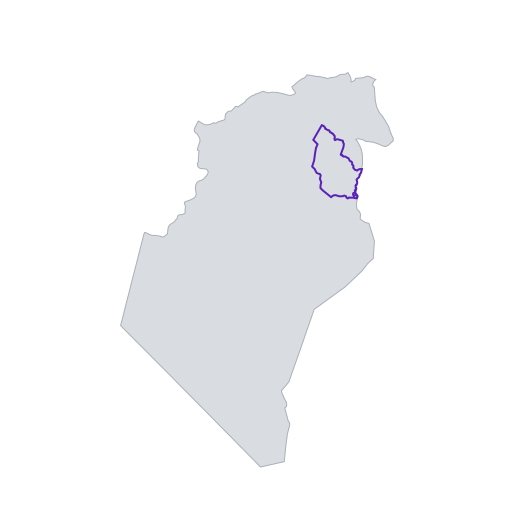 where Chari-Baguirmi sits in Chad, rotated 195°
{"feature_id": "TCD-5580", "entity_name": "Chari-Baguirmi", "entity_type": "Prefecture", "adm_level": 1, "iso_a3": "TCD", "parent_name": "Chad", "parent_adm1": "", "projection": "natural_earth1", "projection_center": [15.896, 11.139], "detail": "fine", "context": "in_parent", "style": "outline", "palette": "violet", "viewbox_px": 512, "rotation_deg": 195, "n_neighbors": 0, "source": "natural_earth", "source_scale": "10m", "svg_char_len": 6550}
<svg xmlns="http://www.w3.org/2000/svg" viewBox="0 0 512 512"><g transform="rotate(195 256 256)"><path d="M368.8,153.8L368.9,165.1L369.1,176.4L369.2,187.8L369.4,199.1L369.5,210.4L369.6,221.8L369.8,233.1L369.9,244.4L369.9,248.2L369.7,249.7L369.6,249.9L369.1,250.1L364.0,249.1L361.7,249.0L358.6,249.9L354.0,250.3L351.0,250.1L348.9,252.1L347.3,254.4L348.1,260.1L348.0,261.9L347.3,263.9L346.0,265.5L344.6,266.8L343.7,268.0L342.7,270.6L341.9,271.7L342.0,273.3L341.8,275.0L340.9,275.9L338.8,276.5L337.4,277.3L336.3,278.5L335.5,279.4L336.0,280.6L336.5,282.2L336.8,284.7L337.1,286.1L338.1,287.3L338.8,288.2L339.0,289.2L338.4,290.1L335.8,291.9L334.7,292.6L333.5,293.5L333.1,293.9L331.2,295.6L330.2,297.1L329.7,298.4L329.8,300.2L330.8,302.8L331.9,305.1L332.3,306.7L332.5,308.6L332.4,310.4L331.9,311.9L330.9,313.3L327.3,315.8L325.5,318.7L324.1,322.1L323.8,324.0L324.2,325.3L325.0,326.3L326.0,326.9L327.6,327.0L330.2,326.5L332.7,326.1L335.3,327.3L336.6,330.2L336.1,332.3L337.1,336.2L338.0,340.8L338.0,342.3L338.3,342.9L340.0,343.2L340.3,344.3L339.8,352.4L340.6,354.7L341.7,356.3L342.9,357.2L344.2,358.3L344.8,359.0L346.3,359.2L347.9,360.7L348.3,362.6L348.2,364.5L347.3,368.7L346.6,371.4L345.6,371.3L343.7,370.6L341.4,370.0L338.6,369.5L335.9,370.6L333.0,372.1L332.1,373.2L331.3,373.8L330.0,373.7L328.8,373.9L328.2,374.9L327.1,376.1L322.9,378.5L322.0,379.3L321.5,380.2L321.5,381.1L322.0,383.1L322.0,385.5L321.0,387.4L320.0,388.7L318.7,389.2L317.7,389.5L317.0,390.3L314.8,394.7L313.9,395.5L312.0,395.4L306.4,402.0L305.9,404.0L303.9,406.7L301.3,409.8L299.0,411.3L298.9,411.9L298.3,412.5L296.8,413.1L292.0,416.9L286.1,416.7L283.5,418.2L281.0,418.8L277.3,419.6L276.2,419.5L271.5,419.8L265.9,419.7L263.8,420.2L261.8,421.6L260.3,422.9L260.1,423.3L260.3,423.8L260.3,424.2L264.1,427.3L265.1,428.8L264.1,430.2L263.7,430.5L263.0,431.7L260.7,435.2L257.3,439.2L255.5,440.4L254.8,441.2L253.9,443.9L253.3,444.2L250.9,444.6L246.2,444.9L239.7,445.8L235.8,446.1L233.3,445.8L229.9,447.7L228.7,448.2L227.9,448.3L224.6,450.1L221.7,453.0L220.7,453.5L216.8,454.7L215.2,456.6L214.5,456.8L211.9,454.2L210.2,451.9L209.4,449.6L209.3,448.8L208.8,449.0L207.4,450.0L206.2,451.2L205.6,453.4L201.5,454.9L198.0,456.2L196.4,457.9L194.0,458.7L190.8,458.4L188.4,457.7L186.0,457.5L187.2,455.4L187.6,453.9L187.7,452.0L187.5,450.8L186.1,450.2L185.2,449.2L183.2,443.3L181.1,437.2L178.1,431.3L174.9,427.5L172.5,425.2L171.8,424.9L170.6,424.2L169.7,423.5L165.5,419.4L161.0,414.9L159.9,412.9L157.7,409.8L155.2,406.6L153.9,405.2L153.3,402.6L155.0,400.2L156.9,397.2L159.1,395.3L162.0,395.1L166.8,395.9L172.0,396.2L177.1,395.6L178.5,395.2L179.8,395.2L182.6,395.9L187.4,395.8L189.8,394.6L187.2,392.5L184.3,389.3L181.6,385.7L180.0,382.5L178.5,378.3L177.1,373.2L176.3,366.5L176.4,362.8L176.8,360.1L178.3,355.7L177.3,353.1L177.5,351.1L177.4,348.0L176.9,346.4L175.1,341.3L174.7,340.8L173.0,337.2L172.3,331.3L170.5,327.4L167.5,325.6L165.8,323.3L165.1,319.2L164.0,318.2L159.3,316.7L155.3,316.7L152.5,312.2L148.8,306.3L145.4,300.8L143.3,289.9L142.1,283.7L143.5,281.8L146.3,277.3L149.9,268.8L157.9,255.7L162.1,248.9L170.3,238.9L180.3,226.5L186.0,219.5L186.9,206.8L187.9,193.4L188.6,183.2L189.5,171.2L190.3,161.1L190.9,153.8L191.6,143.4L192.3,141.4L196.2,133.3L196.5,132.2L195.8,130.8L190.2,123.9L188.5,122.3L187.5,118.7L188.9,116.7L182.2,105.1L180.5,103.6L179.8,102.2L179.7,100.1L179.6,92.1L177.9,79.4L175.5,64.7L183.4,60.5L189.4,57.4L197.0,53.3L204.0,57.5L214.2,63.5L224.5,69.5L234.7,75.5L245.0,81.5L255.2,87.6L265.5,93.6L275.8,99.6L286.1,105.6L296.4,111.6L306.7,117.7L317.0,123.7L327.4,129.7L337.7,135.7L348.1,141.7L358.4,147.7L368.8,153.8Z" fill="#d9dde1" stroke="#a8b0b8" stroke-width="1"/><path d="M174.9,341.7L174.6,341.4L174.1,340.8L173.5,340.4L173.4,340.2L173.3,339.8L173.5,339.7L173.7,339.2L173.4,338.8L173.4,338.5L173.5,338.1L173.6,337.8L175.6,337.5L177.1,337.5L179.1,337.0L181.4,336.5L182.2,335.4L183.6,335.7L184.5,337.0L186.5,337.2L187.6,336.2L191.1,335.2L194.7,335.4L196.9,334.6L198.7,332.3L208.6,336.7L211.3,338.3L212.0,341.1L212.0,344.0L213.1,345.5L214.2,347.1L214.4,350.7L215.5,351.7L217.3,351.7L218.9,352.0L220.4,353.5L221.7,355.1L224.9,356.9L224.6,363.4L225.5,370.1L226.0,375.8L225.5,379.9L230.7,383.0L226.3,399.4L226.0,399.4L225.8,399.4L225.6,399.4L225.3,399.2L225.0,399.1L224.7,399.0L224.4,399.1L224.2,399.1L223.9,398.8L223.5,398.5L222.7,398.1L222.5,397.9L222.4,397.7L222.1,397.0L222.1,396.9L221.8,396.8L221.7,396.8L221.4,396.9L221.2,396.9L220.9,396.6L220.6,396.5L219.8,396.3L219.1,396.2L219.0,396.3L217.9,396.3L217.6,396.2L217.4,396.0L217.3,395.5L217.2,395.4L216.9,395.2L216.6,394.9L216.5,394.7L215.9,394.7L215.4,394.6L215.2,394.6L214.9,394.3L214.7,394.2L214.1,394.1L213.8,394.2L213.6,394.1L213.3,393.9L213.1,393.8L213.1,393.6L212.8,393.4L211.4,392.6L211.2,392.4L211.1,392.2L210.9,391.6L210.9,391.4L210.6,391.2L210.6,390.9L210.6,390.3L210.6,389.6L210.5,389.4L210.4,389.2L210.1,388.9L210.0,388.7L209.9,388.5L209.8,388.4L209.7,388.4L208.3,389.6L206.9,389.9L202.1,389.8L201.6,389.4L201.5,389.1L201.4,388.6L201.3,388.3L201.2,388.1L201.0,387.9L200.7,387.7L200.3,387.3L200.2,387.1L200.1,386.8L199.7,383.5L200.4,376.1L200.3,375.8L199.5,375.4L199.0,375.3L198.7,375.7L197.4,374.7L197.0,374.8L196.2,375.0L195.7,375.1L194.8,375.0L193.1,374.5L192.2,374.4L191.8,374.2L190.5,372.7L190.1,372.2L189.7,372.0L189.4,372.0L188.8,372.0L188.5,371.9L188.1,371.7L187.8,371.5L187.5,371.3L187.2,370.6L187.0,370.1L186.9,369.8L186.9,369.3L186.8,369.2L186.6,369.1L186.2,369.0L185.8,368.8L185.5,368.5L185.1,368.1L185.0,367.7L185.0,366.5L184.8,366.3L184.6,366.2L184.4,366.1L183.7,365.5L183.3,365.2L183.1,365.1L182.1,364.8L180.9,364.7L180.6,364.7L180.5,364.8L180.3,365.1L180.2,365.1L180.1,365.3L179.6,365.8L178.9,366.4L178.6,366.6L178.2,366.8L176.2,367.4L176.1,364.8L176.2,363.2L176.3,362.8L176.8,362.0L177.0,361.6L177.0,361.3L176.9,361.2L176.7,360.9L176.7,360.6L176.8,360.2L176.9,358.9L177.1,358.4L177.3,357.9L178.3,356.7L178.6,356.0L178.3,355.1L177.7,354.3L177.5,353.8L177.1,352.7L177.1,352.2L177.1,351.7L177.3,351.1L177.5,351.1L177.7,350.8L177.5,350.6L177.4,350.4L177.6,350.2L177.9,349.8L178.0,349.6L177.5,348.1L177.4,347.8L177.0,347.8L176.7,347.6L176.6,347.2L176.5,346.5L176.6,346.3L176.9,346.1L177.0,345.9L176.9,345.7L176.7,345.3L176.7,345.0L176.8,344.9L177.4,344.8L177.3,344.5L176.9,344.1L176.7,343.8L176.7,343.5L176.8,343.3L176.8,343.1L176.6,342.9L176.5,342.7L177.1,342.6L177.5,342.5L177.9,342.3L178.3,341.8L178.3,341.2L178.2,340.7L178.0,340.2L177.6,339.8L177.2,339.5L176.7,339.5L176.4,339.6L176.1,340.1L175.9,340.7L175.9,341.3L175.5,341.4L175.1,341.7L174.9,341.7Z" fill="none" stroke="#5b21b6" stroke-width="2"/></g></svg>